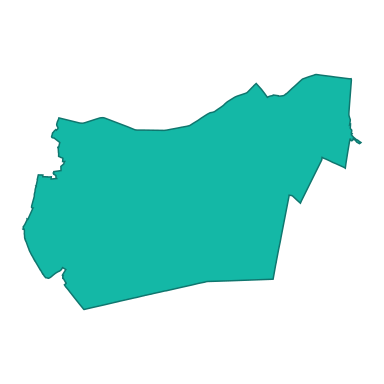 outline of Kaag en Braassem, Zuid-Holland, Netherlands
{"feature_id": "6326949B3369554265068", "entity_name": "Kaag en Braassem", "entity_type": "district", "adm_level": 2, "iso_a3": "NLD", "parent_name": "Netherlands", "parent_adm1": "Zuid-Holland", "projection": "albers", "projection_center": [4.616, 52.193], "detail": "fine", "context": "isolated", "style": "filled", "palette": "teal", "viewbox_px": 384, "rotation_deg": 0, "n_neighbors": 0, "source": "geoboundaries", "source_scale": "gbopen_adm2", "svg_char_len": 5501}
<svg xmlns="http://www.w3.org/2000/svg" viewBox="0 0 384 384"><path d="M256.2,83.5L255.0,84.6L253.6,85.9L253.3,86.4L252.8,86.8L252.3,87.3L251.9,87.7L248.4,91.3L247.4,92.3L246.9,92.7L246.1,93.1L245.3,93.4L237.2,96.1L236.3,96.5L235.3,96.9L233.9,97.7L227.6,101.6L226.6,102.4L225.2,103.6L223.5,105.3L222.6,106.0L220.2,107.7L217.8,109.3L214.4,111.7L212.6,112.3L210.9,112.6L210.2,112.7L208.5,113.6L207.5,114.1L205.9,115.1L201.1,118.2L200.1,118.9L198.0,120.4L192.9,123.5L190.3,125.2L189.8,125.5L189.0,125.7L188.6,125.9L187.8,126.0L187.3,126.2L183.5,126.9L182.4,127.1L181.7,127.2L177.9,128.0L170.3,129.4L166.8,130.1L165.1,130.3L164.2,130.4L144.1,130.1L137.1,130.1L136.8,130.1L136.0,129.9L135.2,129.9L127.7,126.8L104.6,118.0L103.8,117.8L103.2,117.7L102.6,117.7L102.0,117.7L100.8,117.8L100.0,117.9L95.8,119.2L85.9,122.4L85.3,122.6L83.4,123.1L82.7,123.2L82.1,123.2L80.5,123.1L79.7,123.0L58.9,117.9L58.8,118.3L58.5,119.3L58.1,120.2L57.6,121.3L57.4,121.7L57.2,122.4L56.7,124.3L56.7,124.5L56.7,125.1L56.8,125.3L57.1,126.1L57.4,126.7L57.9,127.3L57.9,127.5L58.0,127.9L57.9,128.5L57.7,128.9L57.6,129.0L57.3,129.4L56.7,129.8L56.4,130.2L55.8,129.6L55.4,130.0L54.5,130.7L53.4,132.1L53.1,132.5L52.6,132.9L52.4,133.6L52.1,135.1L51.8,135.9L51.6,136.4L51.6,136.6L51.7,137.1L51.8,137.2L52.0,137.5L52.3,137.6L52.7,137.8L53.4,138.0L54.1,138.0L59.8,142.5L58.7,147.0L58.5,146.9L58.1,147.0L57.9,147.2L57.8,147.4L57.8,147.5L58.0,147.5L58.2,147.4L58.3,147.5L58.2,147.7L58.5,152.9L58.7,153.1L58.6,156.3L59.0,156.6L59.6,156.7L59.9,156.9L60.9,157.5L62.0,157.8L62.9,158.3L62.6,161.5L64.7,161.5L64.0,162.7L63.8,163.9L63.1,164.5L60.9,166.4L61.0,170.6L53.8,171.6L53.8,172.8L53.3,172.9L53.2,173.0L53.5,173.6L53.8,173.7L53.8,174.3L55.8,175.4L56.0,176.0L56.0,176.3L55.9,176.6L55.9,176.8L56.0,177.4L56.3,178.1L56.6,178.5L53.4,178.8L52.8,178.9L52.7,178.9L52.4,178.9L51.1,179.0L51.3,176.8L49.5,177.0L47.5,177.0L47.5,176.8L46.7,176.8L42.8,176.7L42.9,175.0L38.3,174.9L37.2,179.7L37.4,180.0L36.1,186.0L35.9,186.0L36.1,186.4L35.9,186.4L35.9,186.7L35.2,189.3L35.1,190.3L35.1,190.5L35.0,191.4L35.0,191.8L34.8,192.3L34.5,193.4L34.3,194.4L34.3,195.9L34.3,196.3L31.6,206.2L31.6,207.1L31.6,207.5L32.3,208.0L32.6,208.1L32.9,208.1L32.6,208.5L32.2,209.8L31.5,211.3L28.7,217.5L28.1,218.8L27.8,219.3L27.0,218.9L27.0,219.2L27.0,219.4L27.2,219.7L26.6,220.8L24.8,224.5L23.5,226.5L23.2,226.8L23.2,227.0L23.3,227.1L23.3,229.1L23.0,229.2L23.1,229.3L24.2,229.2L24.3,230.1L24.4,230.4L24.4,230.7L24.4,231.0L24.4,232.6L24.3,233.6L24.6,235.9L24.6,236.3L24.6,236.9L24.6,237.4L24.7,237.9L24.7,238.0L25.1,239.5L25.3,239.4L25.3,239.8L25.5,240.3L25.7,241.0L25.8,241.2L26.1,241.6L28.1,247.2L28.8,248.9L29.2,250.2L29.9,251.7L30.4,252.6L31.3,254.5L32.2,256.0L34.0,259.2L33.9,259.2L34.8,260.8L34.9,260.7L40.0,269.4L40.0,269.5L40.2,269.8L40.3,269.7L40.6,270.1L42.8,274.1L43.0,274.0L44.3,276.1L45.6,277.6L45.9,277.8L47.0,277.8L48.2,278.3L48.8,278.2L50.2,277.5L51.3,276.7L53.5,274.8L54.4,274.1L55.3,273.4L57.0,272.3L58.1,271.7L59.7,271.0L60.1,270.7L60.5,270.4L61.1,269.9L61.5,269.4L61.8,268.9L62.6,267.6L65.8,269.5L63.6,273.1L62.4,275.2L63.2,275.7L62.8,276.3L62.8,277.3L62.8,277.6L62.8,277.9L62.8,278.3L63.2,278.2L65.7,282.6L65.8,282.5L66.1,283.1L66.2,283.3L66.0,283.6L64.9,284.4L64.4,284.8L65.5,286.5L66.0,287.2L66.4,287.6L68.0,289.5L70.2,292.4L71.6,294.1L72.4,295.2L72.9,295.8L73.9,297.1L79.4,304.0L80.3,305.1L82.5,307.8L83.7,309.3L83.8,309.4L84.0,309.5L86.9,308.8L90.8,307.9L93.4,307.3L104.1,304.9L120.1,301.1L134.3,297.9L136.8,297.4L142.0,296.1L144.3,295.6L145.1,295.3L146.0,295.2L149.5,294.4L151.2,294.1L153.4,293.5L160.8,291.9L161.6,291.7L163.3,291.3L165.4,290.8L165.6,290.8L165.8,290.9L180.1,287.6L191.4,285.1L198.4,283.4L202.9,282.5L204.9,282.1L206.1,281.7L207.4,281.5L229.5,280.8L273.1,279.2L275.7,264.6L276.3,261.9L276.3,261.5L278.6,249.5L280.3,241.3L281.1,236.9L289.0,196.3L289.1,195.2L291.4,195.5L291.9,195.7L292.5,195.9L292.7,196.1L296.6,199.8L300.4,203.2L301.4,200.9L314.9,173.7L320.9,161.7L321.8,159.8L321.9,158.4L322.0,157.9L322.1,157.4L322.6,157.7L323.6,158.2L325.9,159.1L327.7,159.9L330.0,161.0L332.7,162.4L335.7,163.6L337.9,164.6L343.9,167.3L344.5,167.7L344.7,167.8L345.3,168.2L345.9,163.7L347.6,152.9L349.5,141.6L350.2,138.5L350.3,138.9L350.5,139.0L350.5,139.7L350.7,139.8L350.7,140.4L351.8,140.8L352.5,140.3L352.9,140.0L353.0,139.3L353.2,138.8L355.3,140.2L355.3,140.4L355.9,141.0L356.3,141.5L356.6,142.0L357.6,142.6L359.3,143.6L359.6,143.0L359.7,142.9L359.8,142.9L360.2,142.5L360.5,143.0L361.0,142.5L359.6,141.6L357.9,140.3L357.3,139.9L356.7,139.9L353.4,137.1L353.0,136.6L351.7,135.2L351.8,135.0L351.7,134.9L351.4,134.3L352.1,133.6L351.4,133.1L351.4,132.9L351.7,131.2L351.7,130.6L351.7,130.2L351.6,129.9L350.8,129.1L350.5,128.7L350.4,128.5L350.3,128.2L350.3,127.9L350.5,124.7L350.5,124.2L349.6,124.8L350.2,121.1L350.3,120.1L350.3,119.7L350.2,119.4L349.5,117.4L349.0,115.6L348.9,114.8L348.9,113.3L349.0,111.5L349.6,103.2L350.3,94.3L351.4,79.9L351.3,79.5L351.2,79.1L351.1,78.7L350.4,78.8L349.5,78.8L345.4,78.3L334.3,76.9L330.9,76.4L324.4,75.6L319.7,75.0L317.1,74.6L316.0,74.5L315.0,74.7L313.8,75.2L309.0,76.7L307.0,77.4L305.4,78.0L303.1,78.8L302.3,79.2L301.9,79.6L301.5,79.9L299.4,81.8L297.9,83.2L294.3,86.5L292.0,88.5L287.7,92.6L286.1,94.0L285.9,93.9L285.7,94.0L284.8,94.9L284.4,95.2L284.1,95.4L283.8,95.5L282.6,95.8L281.8,95.9L281.1,96.0L280.0,96.1L278.7,96.2L278.3,96.1L278.3,95.7L273.2,95.0L272.8,95.6L270.0,96.1L269.6,96.3L268.1,96.8L267.8,97.2L267.4,97.4L265.5,94.7L264.8,93.7L261.5,89.4L256.2,83.5Z" fill="#14b8a6" stroke="#0f766e" stroke-width="1.5"/></svg>